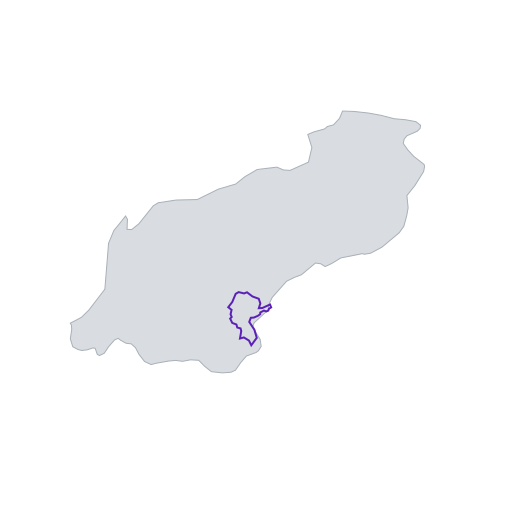 Pogradec, Korçë, Albania shown in context, rotated 65°
{"feature_id": "67620474B77805918454880", "entity_name": "Pogradec", "entity_type": "district", "adm_level": 2, "iso_a3": "ALB", "parent_name": "Albania", "parent_adm1": "Korçë", "projection": "natural_earth1", "projection_center": [20.619, 40.937], "detail": "fine", "context": "in_parent", "style": "outline", "palette": "violet", "viewbox_px": 512, "rotation_deg": 65, "n_neighbors": 0, "source": "geoboundaries", "source_scale": "gbopen_adm2", "svg_char_len": 2032}
<svg xmlns="http://www.w3.org/2000/svg" viewBox="0 0 512 512"><g transform="rotate(65 256 256)"><path d="M167.7,157.7L168.0,150.9L169.8,140.2L168.8,136.6L169.9,130.4L166.6,122.2L161.2,116.3L166.5,105.9L174.2,93.3L181.3,83.3L189.9,72.9L195.7,62.9L201.8,54.3L207.1,51.6L209.8,53.5L211.1,57.2L210.8,68.3L212.6,72.2L216.2,75.0L223.9,73.6L232.5,70.9L244.0,65.0L246.0,65.3L250.3,68.4L259.1,81.9L265.0,93.7L276.7,97.8L283.2,102.4L291.5,109.4L295.5,116.5L301.2,138.1L301.9,151.1L300.2,157.1L298.8,158.6L293.6,179.9L294.8,190.7L294.8,197.8L290.4,200.6L287.5,205.1L292.2,222.8L291.6,230.4L291.8,239.0L300.4,258.8L305.4,264.9L310.0,267.8L315.8,286.0L319.2,289.2L333.3,287.5L340.1,289.5L342.9,293.8L343.5,296.8L342.6,306.9L346.1,314.8L350.8,322.9L350.8,327.8L347.7,335.9L342.0,345.3L334.6,349.0L326.3,352.0L322.4,359.3L320.4,367.1L316.7,372.9L314.4,379.2L310.9,392.2L310.1,396.9L304.5,401.6L295.9,403.6L288.1,404.0L282.9,406.2L280.2,410.6L275.3,414.2L272.3,415.8L272.3,419.7L275.9,427.9L280.0,434.6L280.1,439.9L278.1,441.4L271.7,440.8L270.4,442.7L269.7,448.7L268.0,453.8L265.4,457.0L260.8,460.4L252.6,459.3L244.8,454.1L240.7,452.5L238.4,452.7L237.8,440.2L234.4,430.4L222.2,407.0L182.1,384.2L172.8,374.0L168.7,365.4L164.6,357.3L168.5,357.0L172.4,359.1L177.4,361.6L179.5,357.5L177.3,348.6L167.1,327.9L166.4,322.2L171.5,304.8L180.0,285.4L179.5,261.8L182.2,244.0L179.4,232.4L178.1,218.3L184.3,199.5L189.6,194.8L192.8,188.9L193.1,168.8L181.3,159.5L167.7,157.7Z" fill="#d9dde1" stroke="#a8b0b8" stroke-width="1"/><path d="M281.4,287.0L281.7,290.4L287.7,297.0L290.7,302.8L294.5,300.9L298.1,303.7L301.0,303.8L301.8,305.9L306.6,305.8L309.8,302.7L312.9,303.2L315.1,300.6L317.8,301.1L324.0,305.4L324.7,301.4L329.7,298.1L334.9,298.0L330.5,289.9L322.1,288.6L312.9,290.0L309.8,286.8L310.9,283.9L311.0,279.4L310.5,276.8L309.0,276.0L308.8,271.9L310.6,270.1L310.7,268.0L309.2,266.4L309.0,264.0L305.9,263.8L305.8,272.2L304.5,275.5L300.8,272.1L295.9,271.6L291.2,276.3L285.1,279.5L284.9,282.6L281.4,287.0Z" fill="none" stroke="#5b21b6" stroke-width="2"/></g></svg>